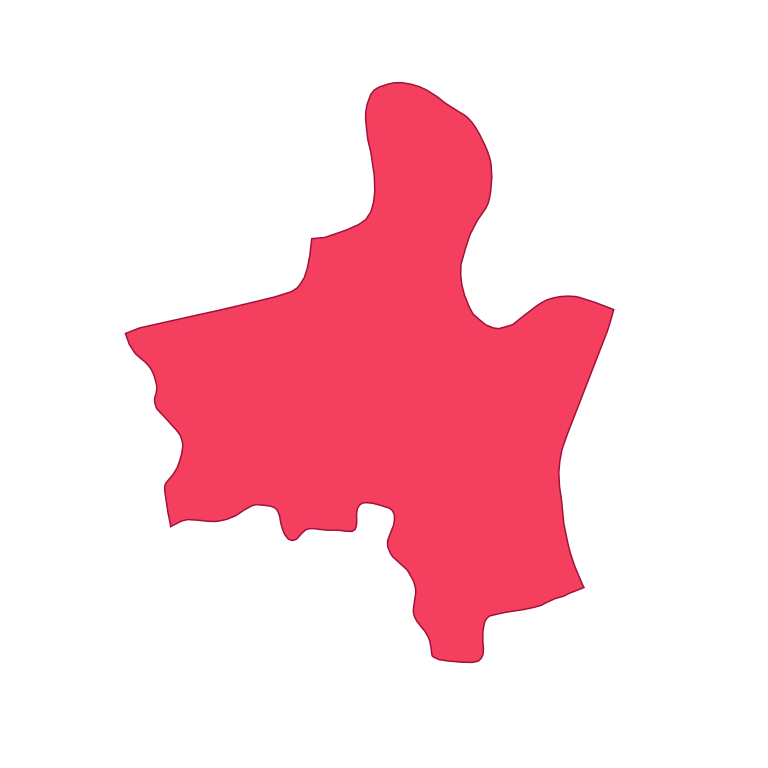 the district of Quan 7, Hồ Chí Minh city, Vietnam, rotated 347°
{"feature_id": "81297802B84259990428862", "entity_name": "Quan 7", "entity_type": "district", "adm_level": 2, "iso_a3": "VNM", "parent_name": "Vietnam", "parent_adm1": "Hồ Chí Minh city", "projection": "natural_earth1", "projection_center": [106.723, 10.738], "detail": "fine", "context": "isolated", "style": "filled", "palette": "rose", "viewbox_px": 768, "rotation_deg": 347, "n_neighbors": 0, "source": "geoboundaries", "source_scale": "gbopen_adm2", "svg_char_len": 3680}
<svg xmlns="http://www.w3.org/2000/svg" viewBox="0 0 768 768"><g transform="rotate(347 384 384)"><path d="M144.0,475.0L149.0,473.7L151.3,473.1L154.2,472.3L156.6,472.0L159.1,471.9L159.4,471.9L159.9,471.9L161.0,471.9L163.1,472.1L166.5,473.2L172.6,475.0L181.7,478.2L185.7,479.2L188.5,480.0L191.9,480.3L193.3,480.4L197.5,480.5L200.8,480.4L206.0,479.6L209.9,479.0L212.7,477.9L219.3,475.4L227.6,473.0L232.0,472.7L236.2,474.0L241.5,475.8L245.9,477.5L249.4,479.8L251.0,481.7L252.0,484.8L252.6,489.4L252.1,496.5L252.5,503.1L253.5,508.6L255.8,513.5L258.1,515.2L259.5,515.8L261.8,515.9L264.5,515.2L269.8,511.3L275.0,508.4L278.1,508.2L281.1,508.6L285.3,509.9L289.1,511.4L295.3,513.5L303.6,515.5L308.1,516.7L314.2,519.0L319.6,520.4L323.1,519.3L325.2,516.0L326.2,513.0L328.1,504.4L329.8,499.9L332.7,496.6L335.8,495.3L337.3,495.2L340.3,495.7L346.0,497.6L352.3,500.9L361.0,506.0L363.5,508.9L364.4,512.0L364.5,514.9L363.5,518.9L361.9,523.2L354.7,533.7L352.3,537.5L351.4,540.8L351.1,543.5L351.5,546.6L352.0,549.9L353.6,554.3L358.9,562.0L363.2,568.2L364.7,570.3L365.6,573.0L367.5,579.0L368.5,583.3L368.7,586.5L368.7,590.3L368.1,594.2L363.2,606.8L361.5,611.5L361.2,615.0L361.6,618.7L362.7,622.7L365.3,628.3L368.4,634.5L370.3,641.0L370.8,645.5L370.5,651.4L369.8,657.4L369.9,660.0L370.5,660.8L371.0,661.4L375.8,665.0L384.4,668.4L397.3,672.6L407.2,675.1L413.4,675.3L416.8,673.3L419.5,670.1L421.3,664.6L422.4,657.1L424.6,647.8L424.9,646.9L427.1,641.6L428.9,638.0L431.7,635.3L434.6,633.8L441.8,633.7L443.8,633.7L450.9,633.8L460.2,634.5L469.8,635.2L480.2,635.4L487.6,635.0L492.7,633.6L502.2,631.6L511.7,631.1L517.7,629.5L521.2,629.1L533.1,627.3L532.4,624.8L528.9,604.6L527.6,591.5L527.3,583.2L527.6,568.6L527.7,566.0L527.7,565.8L527.7,565.7L527.8,560.6L530.8,537.5L532.0,523.2L534.4,509.7L538.0,498.6L542.9,487.5L551.8,473.5L613.3,383.1L618.0,375.2L624.4,363.5L624.6,363.2L607.6,351.7L599.4,346.9L593.6,343.4L589.5,341.6L582.8,339.7L575.5,338.5L568.5,338.2L561.8,338.7L556.4,340.0L550.3,342.2L536.0,348.7L522.7,355.1L515.2,355.6L508.4,355.9L503.2,354.0L496.4,349.2L491.7,343.1L486.5,335.8L485.1,330.6L484.9,330.0L484.4,328.2L482.4,315.4L482.2,304.2L483.3,294.9L485.8,285.1L493.8,270.4L501.6,257.5L511.8,245.6L522.7,235.7L526.1,231.4L528.9,226.1L531.6,219.4L535.5,207.1L536.7,200.1L537.7,194.1L537.9,190.5L537.8,187.3L537.3,181.5L536.2,174.6L534.4,166.9L533.2,161.9L530.7,154.0L528.4,148.6L525.5,143.4L522.7,139.9L516.4,133.8L510.8,128.1L506.3,123.5L500.9,116.5L492.0,107.5L485.6,102.4L482.2,100.5L478.0,98.1L469.3,94.4L461.6,92.8L455.0,92.7L446.0,93.6L440.7,95.3L436.2,98.9L430.5,107.6L427.5,114.7L425.7,121.5L424.2,133.2L423.2,142.1L423.3,155.4L421.4,178.7L418.5,193.8L414.6,204.8L410.2,212.9L403.3,219.7L395.0,223.0L381.8,225.5L359.1,227.9L346.3,226.1L340.5,242.4L338.4,247.0L337.5,249.1L337.1,250.0L335.6,253.4L330.5,262.1L324.6,268.1L320.6,271.1L314.1,273.2L311.0,273.5L307.0,273.8L298.3,274.5L295.5,274.6L295.3,274.6L294.9,274.6L271.9,274.9L271.2,274.9L268.0,274.9L244.3,275.0L238.7,275.0L238.0,275.0L219.4,274.8L215.3,274.8L182.1,274.5L178.9,274.5L178.4,274.5L158.5,274.4L143.4,276.6L144.5,285.9L144.7,288.0L146.6,293.2L148.5,298.4L153.3,305.2L155.8,308.3L158.1,312.1L159.8,315.6L161.0,319.7L161.9,324.6L162.1,329.2L162.2,333.0L161.8,336.9L159.6,342.3L157.8,345.2L157.0,347.3L156.5,349.6L156.5,352.6L156.8,355.7L157.0,356.5L157.4,357.8L161.0,363.9L166.4,373.4L168.3,377.0L171.2,381.9L173.2,386.4L174.1,389.0L174.4,393.0L174.4,394.8L174.4,395.9L174.4,396.6L173.7,400.2L171.3,406.1L167.7,412.8L163.7,419.0L157.8,425.0L153.3,428.3L149.5,431.2L147.9,433.2L147.0,435.6L146.4,438.7L146.0,442.2L144.7,459.3L144.6,460.2L144.3,472.1L144.0,475.0Z" fill="#f43f5e" stroke="#9f1239" stroke-width="1.5"/></g></svg>